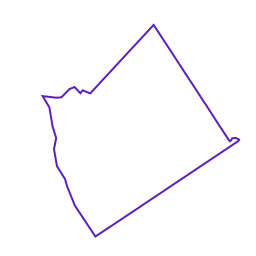 outline of Panola, Texas, United States of America, rotated 327°
{"feature_id": "52423323B10240344188589", "entity_name": "Panola", "entity_type": "district", "adm_level": 2, "iso_a3": "USA", "parent_name": "United States of America", "parent_adm1": "Texas", "projection": "orthographic", "projection_center": [-94.242, 32.184], "detail": "fine", "context": "isolated", "style": "outline", "palette": "violet", "viewbox_px": 256, "rotation_deg": 327, "n_neighbors": 0, "source": "geoboundaries", "source_scale": "gbopen_adm2", "svg_char_len": 593}
<svg xmlns="http://www.w3.org/2000/svg" viewBox="0 0 256 256"><g transform="rotate(327 128 128)"><path d="M205.6,55.5L115.2,78.4L110.4,71.7L107.0,72.9L105.5,64.5L100.1,63.5L88.8,66.0L84.3,63.5L73.8,54.8L73.3,67.9L65.6,85.6L62.3,97.3L54.5,105.3L47.6,121.4L47.4,136.5L45.1,144.0L41.2,164.0L41.5,201.2L67.7,201.0L213.5,199.0L214.8,198.3L213.1,195.1L209.9,193.4L207.2,194.6L206.2,194.6L206.0,192.2L205.9,172.5L206.0,150.3L205.9,148.4L205.9,144.0L205.9,137.0L205.9,133.9L205.9,123.8L205.8,116.1L205.8,98.2L205.7,65.5L205.7,62.1L205.6,55.5Z" fill="none" stroke="#5b21b6" stroke-width="2"/></g></svg>